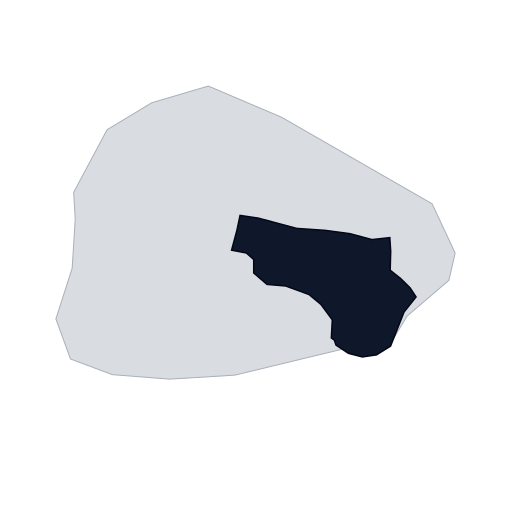 location of Encamp within Andorra, rotated 15°
{"feature_id": "AND-4880", "entity_name": "Encamp", "entity_type": "state/province", "adm_level": 1, "iso_a3": "AND", "parent_name": "Andorra", "parent_adm1": "", "projection": "robinson", "projection_center": [1.643, 42.533], "detail": "fine", "context": "in_parent", "style": "filled", "palette": "ink", "viewbox_px": 512, "rotation_deg": 15, "n_neighbors": 0, "source": "natural_earth", "source_scale": "10m", "svg_char_len": 839}
<svg xmlns="http://www.w3.org/2000/svg" viewBox="0 0 512 512"><g transform="rotate(15 256 256)"><path d="M408.1,307.4L375.5,317.1L266.5,376.5L204.5,397.3L147.8,407.8L103.5,403.5L79.0,368.6L81.6,315.4L71.9,267.4L63.4,241.7L79.5,172.5L115.7,134.9L165.9,104.2L245.0,115.4L412.6,160.0L447.6,201.6L448.6,229.6L417.5,274.9L408.1,307.4Z" fill="#d9dde1" stroke="#a8b0b8" stroke-width="1"/><path d="M421.2,254.1L413.5,271.8L409.3,308.2L398.0,320.3L384.8,326.0L370.5,326.1L356.4,321.4L353.3,316.9L350.0,315.7L346.2,297.9L331.3,286.0L317.2,279.5L292.5,277.3L274.0,280.6L258.2,273.0L254.7,260.0L245.9,255.6L230.9,256.7L230.9,236.1L230.1,220.9L248.5,218.8L265.3,218.8L288.1,218.8L316.3,213.3L340.9,210.1L363.8,210.1L380.5,203.6L384.9,216.6L389.3,235.0L401.7,240.4L413.1,246.9L421.2,254.1Z" fill="#0f172a" stroke="#020617" stroke-width="1.5"/></g></svg>